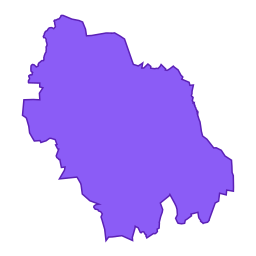 Rosario, Sonora, Mexico (Mercator projection)
{"feature_id": "50627088B12360956562142", "entity_name": "Rosario", "entity_type": "district", "adm_level": 2, "iso_a3": "MEX", "parent_name": "Mexico", "parent_adm1": "Sonora", "projection": "mercator", "projection_center": [-109.365, 28.044], "detail": "fine", "context": "isolated", "style": "filled", "palette": "violet", "viewbox_px": 256, "rotation_deg": 0, "n_neighbors": 0, "source": "geoboundaries", "source_scale": "gbopen_adm2", "svg_char_len": 5048}
<svg xmlns="http://www.w3.org/2000/svg" viewBox="0 0 256 256"><path d="M221.3,150.3L216.3,147.8L213.7,147.9L206.9,139.2L202.6,136.0L201.4,131.4L200.6,125.8L200.0,121.9L199.5,120.6L198.9,119.1L198.2,116.7L197.9,115.9L197.7,115.8L197.7,115.4L197.8,115.3L197.8,115.0L197.8,114.7L197.7,114.5L197.5,114.4L197.4,114.3L197.2,113.9L197.2,113.7L197.3,113.4L197.5,113.4L198.0,113.0L198.0,112.9L197.8,112.9L197.7,112.9L197.6,112.6L197.4,112.3L197.2,112.1L197.0,111.8L196.8,111.7L196.9,111.4L197.0,111.3L197.2,111.0L197.3,111.0L197.2,110.9L196.9,110.8L196.8,110.7L196.7,110.6L196.7,110.3L196.6,110.2L196.6,109.9L196.4,109.7L196.1,109.4L196.1,109.1L195.9,108.8L195.9,108.6L195.9,108.1L195.7,107.8L195.5,107.4L195.3,107.2L195.0,106.5L194.9,106.4L195.0,106.2L195.0,105.9L194.8,105.7L194.7,105.5L194.6,105.4L194.7,105.2L194.4,105.0L194.3,104.8L194.4,104.5L194.4,104.4L194.4,104.0L194.2,103.9L194.2,103.7L194.0,103.4L194.1,103.0L194.2,102.6L193.4,102.8L193.5,102.6L193.4,102.4L193.2,102.2L193.1,101.9L192.8,101.8L192.7,101.6L192.6,101.3L192.5,101.1L192.6,100.9L192.5,100.7L192.4,100.3L192.3,100.2L192.5,100.0L192.6,99.7L192.6,99.3L192.7,99.1L192.7,98.9L192.7,98.7L192.6,98.2L192.9,98.0L193.0,98.0L193.1,97.9L193.1,97.7L192.9,97.2L192.6,97.0L192.4,96.7L191.9,96.6L191.4,95.6L191.5,95.2L191.6,94.8L191.7,94.6L191.8,94.2L192.0,93.5L192.0,92.3L192.1,91.0L193.4,85.0L189.9,85.3L189.1,82.3L181.8,79.2L182.8,77.0L180.9,75.1L178.1,69.9L174.4,67.2L173.3,66.1L169.7,68.9L167.1,70.4L165.3,70.0L165.7,69.0L161.1,64.5L160.1,66.4L158.1,68.5L156.3,68.3L154.8,68.7L150.7,68.2L150.8,66.4L147.9,64.0L143.8,68.0L141.8,68.0L142.7,63.0L141.4,64.0L138.2,65.9L133.4,64.4L132.2,61.2L124.5,39.0L120.0,36.0L114.6,32.9L111.5,33.3L111.5,33.1L106.1,33.0L91.6,35.5L86.5,35.8L85.5,29.2L82.6,22.0L79.0,20.5L71.9,19.1L63.0,15.4L61.9,15.4L61.4,15.4L61.2,15.5L60.9,15.8L60.8,16.4L60.8,16.6L60.6,16.8L60.4,17.1L60.0,17.7L59.3,18.5L59.0,18.9L58.8,19.0L58.5,19.1L58.3,19.0L58.0,19.1L57.8,19.1L57.5,19.2L57.2,19.4L56.8,19.6L56.4,19.9L56.0,20.0L55.7,20.0L55.3,20.0L54.9,20.1L54.7,20.1L54.5,20.3L54.5,20.6L54.4,20.7L54.1,20.8L54.0,21.2L54.0,21.3L54.3,21.6L54.5,21.7L54.6,21.9L54.7,22.9L54.7,23.5L54.7,23.9L54.8,24.2L55.0,24.7L55.1,25.1L55.1,25.5L55.4,26.7L53.7,28.7L52.2,27.8L51.8,27.6L50.2,27.7L49.1,28.0L48.0,29.2L47.2,30.5L46.2,31.1L45.8,31.2L45.4,31.6L45.2,31.8L45.1,32.4L44.6,33.0L44.3,33.8L44.3,34.6L43.3,36.4L43.7,37.6L44.3,37.5L45.0,37.8L45.3,38.1L46.2,39.4L46.1,40.0L46.1,40.9L46.9,43.4L46.9,44.1L47.2,44.9L46.8,45.5L46.8,46.0L46.2,46.6L46.1,47.4L46.3,49.4L46.1,50.1L46.1,51.2L46.0,52.2L45.6,52.7L45.2,53.3L44.3,55.7L43.8,57.9L44.0,59.2L43.7,59.9L43.7,60.1L43.4,60.4L43.4,60.5L43.2,60.5L42.8,60.6L42.4,60.6L41.9,60.6L41.6,60.9L41.2,61.1L40.5,61.7L40.3,61.9L40.0,62.2L39.6,62.4L39.3,62.5L39.2,62.6L39.0,62.9L38.5,63.7L38.1,64.4L38.1,64.5L38.3,65.1L38.4,65.3L38.3,65.7L38.2,65.9L38.0,66.1L37.6,66.2L37.3,66.3L37.2,66.4L37.0,66.7L36.7,66.9L36.2,66.9L35.9,66.5L35.4,66.1L34.8,65.5L34.2,64.9L33.9,64.8L33.2,64.6L32.9,64.5L32.4,64.5L31.7,65.0L31.1,65.8L31.0,66.1L31.0,66.5L31.0,66.9L30.9,68.0L30.9,68.4L30.9,70.2L31.0,70.9L31.1,71.3L31.5,71.6L31.8,71.9L32.6,72.4L32.6,72.6L32.2,72.9L32.2,73.0L32.2,73.7L32.3,74.1L32.0,74.6L31.8,74.9L31.6,74.9L31.2,74.8L30.8,74.9L30.4,75.0L30.2,74.8L29.5,75.3L28.9,75.7L28.8,75.8L28.8,76.0L28.8,76.6L29.4,77.7L29.5,78.0L29.5,79.0L29.4,79.3L28.6,80.3L28.5,80.5L28.4,82.2L28.6,82.3L28.7,82.8L39.8,83.1L39.7,86.9L42.9,87.8L39.4,93.2L39.8,99.8L33.2,99.5L23.9,99.8L22.5,115.3L25.8,117.5L26.5,118.4L28.8,126.4L29.6,132.9L31.8,136.8L34.3,141.0L40.0,140.6L40.9,142.5L44.8,141.2L46.1,140.8L49.4,138.4L50.9,138.3L55.2,139.6L57.0,144.5L55.6,144.9L57.7,148.9L58.7,149.1L56.2,155.9L56.8,157.5L58.3,158.7L58.9,159.5L59.8,159.5L61.4,167.5L65.0,167.0L64.5,170.1L59.4,178.9L76.9,177.1L77.4,177.7L80.6,183.3L81.1,185.0L82.3,194.0L89.8,200.7L90.7,201.1L91.2,201.2L92.4,201.7L97.8,203.7L99.0,204.2L98.2,204.3L96.7,204.4L95.4,205.0L93.9,206.2L93.8,207.3L95.2,209.2L97.8,209.6L98.5,210.9L100.7,211.7L102.3,213.9L101.0,217.0L101.8,219.2L104.7,229.3L106.0,240.6L108.6,237.1L112.3,236.9L115.7,236.5L116.1,236.4L121.9,235.7L132.6,240.5L132.3,237.1L132.5,236.9L134.9,228.5L135.2,226.3L135.8,226.7L138.1,227.7L140.3,232.4L141.1,232.8L141.6,232.2L142.9,231.6L144.0,232.1L145.0,234.1L145.6,234.3L145.8,234.5L146.0,234.7L146.1,235.0L145.9,235.7L146.0,236.3L146.4,236.9L146.8,237.9L153.5,233.5L154.6,233.7L155.6,233.5L157.4,231.6L157.1,229.2L159.1,228.1L159.4,222.9L159.2,222.6L160.7,216.5L162.2,212.3L162.7,209.6L160.3,203.0L169.4,195.6L169.9,194.5L174.7,203.3L176.2,206.5L177.0,209.4L177.4,214.9L175.6,218.3L176.8,221.0L178.0,223.2L178.4,223.3L181.6,223.8L184.6,223.3L185.3,220.2L187.0,219.2L191.5,215.8L191.0,214.1L197.9,212.3L198.6,216.9L199.0,218.1L200.0,219.5L200.7,220.3L200.6,221.2L201.6,222.1L201.9,222.3L202.3,222.4L203.1,223.4L203.5,223.1L207.6,222.2L209.2,220.3L209.3,219.3L215.2,203.0L218.6,201.1L219.6,193.2L226.2,194.9L226.7,190.1L233.4,191.2L233.5,187.1L233.3,175.6L232.1,172.5L231.9,166.3L231.5,160.2L225.0,156.0L221.3,150.3Z" fill="#8b5cf6" stroke="#5b21b6" stroke-width="1.5"/></svg>